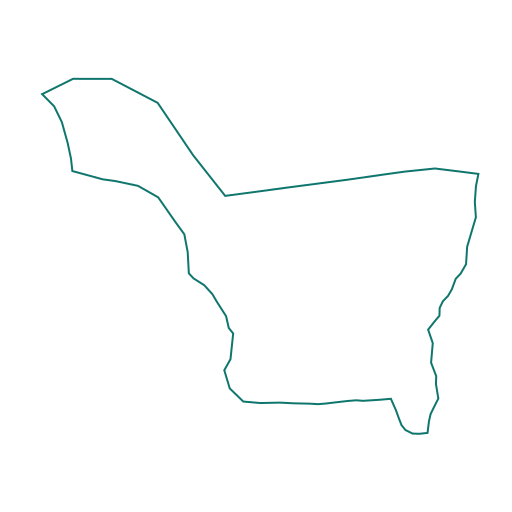 Khartoum, Khartoum, Sudan, rotated 182°
{"feature_id": "16777658B94119143973525", "entity_name": "Khartoum", "entity_type": "district", "adm_level": 2, "iso_a3": "SDN", "parent_name": "Sudan", "parent_adm1": "Khartoum", "projection": "albers", "projection_center": [32.553, 15.552], "detail": "fine", "context": "isolated", "style": "outline", "palette": "teal", "viewbox_px": 512, "rotation_deg": 182, "n_neighbors": 0, "source": "geoboundaries", "source_scale": "gbopen_adm2", "svg_char_len": 1134}
<svg xmlns="http://www.w3.org/2000/svg" viewBox="0 0 512 512"><g transform="rotate(182 256 256)"><path d="M78.4,85.2L77.4,96.6L76.0,104.1L72.7,111.5L68.8,119.9L71.7,134.4L71.7,142.2L77.3,155.5L76.3,175.1L78.8,181.6L81.4,188.4L75.2,196.9L70.6,202.7L70.6,210.6L67.6,217.4L62.7,222.8L59.1,229.6L55.6,240.2L50.9,245.5L45.8,255.1L45.3,272.6L41.2,288.5L39.4,295.4L37.6,302.3L39.2,317.7L38.6,333.6L36.6,345.8L53.9,347.4L80.2,349.7L110.5,345.5L131.1,341.9L167.5,335.4L227.6,325.4L288.9,315.0L322.5,354.7L359.6,405.6L406.4,428.0L425.5,427.3L445.0,426.7L475.4,410.3L463.0,398.6L454.7,383.0L448.2,362.5L444.3,346.9L442.5,334.5L412.0,327.3L399.3,326.0L376.4,322.0L355.8,311.2L350.0,303.5L338.4,288.0L328.4,275.2L324.4,257.5L322.5,236.3L317.6,231.4L306.7,225.0L298.2,216.3L294.0,209.6L283.8,194.8L280.7,183.1L276.1,177.8L277.9,152.0L283.7,140.7L277.6,122.7L263.6,110.1L246.5,109.2L227.1,110.3L212.9,110.1L197.3,110.3L188.7,110.1L181.0,111.0L174.0,112.1L159.4,114.3L150.7,115.3L144.0,115.0L127.7,116.6L116.2,118.0L110.7,106.6L107.5,98.6L104.7,92.1L100.6,87.3L93.3,84.0L86.6,84.0L78.4,85.2Z" fill="none" stroke="#0f766e" stroke-width="2"/></g></svg>